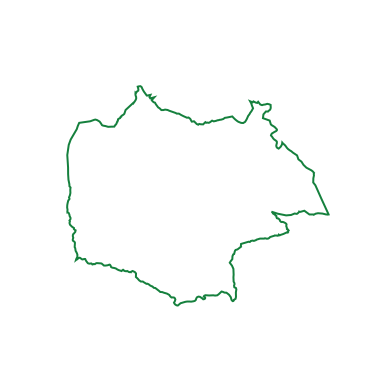 Juárez Hidalgo, Hidalgo, Mexico (Mercator projection), rotated 117°
{"feature_id": "50627088B76146080244750", "entity_name": "Juárez Hidalgo", "entity_type": "district", "adm_level": 2, "iso_a3": "MEX", "parent_name": "Mexico", "parent_adm1": "Hidalgo", "projection": "mercator", "projection_center": [-98.833, 20.836], "detail": "fine", "context": "isolated", "style": "outline", "palette": "green", "viewbox_px": 384, "rotation_deg": 117, "n_neighbors": 0, "source": "geoboundaries", "source_scale": "gbopen_adm2", "svg_char_len": 6042}
<svg xmlns="http://www.w3.org/2000/svg" viewBox="0 0 384 384"><g transform="rotate(117 192 192)"><path d="M304.4,263.9L302.2,263.0L301.7,262.5L301.5,261.8L301.8,260.1L301.9,259.2L301.6,258.6L301.2,258.3L300.4,257.3L300.2,256.7L301.2,255.5L301.9,254.2L302.7,252.5L302.7,251.9L302.3,250.6L301.4,249.4L301.4,248.8L301.8,247.9L301.6,247.5L300.9,247.1L300.4,245.8L299.7,245.5L299.1,245.1L298.6,244.6L296.9,240.6L296.8,239.9L297.5,237.1L297.0,236.0L296.5,235.2L295.5,233.8L294.2,232.6L294.1,232.1L294.5,231.2L295.6,230.0L295.6,229.7L295.6,228.7L295.0,226.7L294.7,225.1L294.9,223.6L294.9,222.0L294.4,218.9L293.8,218.8L293.4,218.4L292.7,218.2L292.5,217.8L292.8,217.3L293.0,216.7L292.9,215.9L292.5,214.6L291.8,213.9L291.9,211.8L291.7,211.1L291.3,210.6L291.2,210.0L290.6,210.0L289.4,209.1L289.3,208.2L289.3,206.5L290.0,204.9L293.2,203.4L293.8,201.2L294.7,199.0L295.0,197.0L294.1,195.2L294.3,193.8L294.5,190.9L294.0,190.2L293.9,188.7L294.3,187.0L294.3,185.0L294.1,184.4L294.6,183.0L294.7,182.5L294.2,181.1L295.1,176.4L295.5,174.8L294.7,173.2L294.5,171.3L293.9,168.2L294.0,165.6L294.9,163.9L295.3,162.4L294.7,161.4L294.2,160.2L294.5,158.9L295.4,158.0L297.1,157.7L298.8,157.8L299.4,156.9L299.8,156.1L300.0,154.4L299.6,153.1L296.3,151.7L293.0,148.2L292.0,146.9L290.9,144.9L290.1,143.0L288.8,141.2L287.8,140.1L286.4,139.6L284.8,139.9L283.4,139.7L282.3,138.8L281.8,137.3L282.1,134.9L282.5,133.3L282.0,132.6L281.0,132.0L280.3,132.2L279.9,132.9L279.9,134.0L278.9,134.0L277.9,133.2L276.4,129.7L274.4,126.2L273.8,124.4L272.6,122.6L271.0,121.8L267.3,120.5L267.0,119.4L266.9,117.4L266.1,115.6L266.7,112.4L268.1,109.7L270.2,107.8L270.8,106.3L270.5,105.8L269.7,105.5L269.1,105.7L267.4,104.7L265.5,105.2L261.6,107.3L258.6,108.3L257.6,109.3L257.7,111.0L256.4,112.0L254.7,112.3L253.7,113.1L253.0,114.2L249.1,116.4L246.9,117.3L241.7,120.2L239.5,122.9L237.9,126.2L236.9,126.0L237.1,125.7L236.6,126.2L233.5,125.6L230.8,126.8L228.8,126.9L228.1,126.3L225.6,126.9L224.6,127.0L223.8,126.8L222.5,125.4L218.5,123.5L218.3,123.8L216.0,124.7L210.6,119.0L210.3,117.8L208.9,117.3L207.7,115.8L207.5,114.7L205.8,113.1L205.2,112.9L202.7,110.3L200.8,106.6L200.1,106.0L199.6,104.0L198.8,102.9L197.8,102.3L196.6,101.9L193.6,98.8L193.1,98.5L192.9,97.9L192.1,96.4L192.2,96.1L191.2,94.8L191.0,95.1L190.6,95.2L190.7,94.3L187.9,91.5L184.7,89.0L185.0,88.8L184.8,88.4L184.5,88.5L184.1,88.2L183.6,88.6L182.4,88.4L182.1,89.1L182.0,90.3L181.5,90.3L181.2,90.7L181.1,91.2L180.2,91.8L179.8,92.4L178.9,92.8L177.9,93.1L177.6,93.5L177.3,94.7L177.3,96.7L177.5,97.7L178.0,98.3L178.2,99.2L177.7,100.6L176.9,101.3L176.5,102.6L176.4,103.2L176.7,103.7L176.8,104.5L176.0,105.4L175.4,105.7L175.0,106.0L175.0,107.1L174.4,107.7L174.5,108.4L174.4,110.0L173.9,110.7L173.6,111.4L173.3,111.4L172.4,105.7L170.1,97.5L167.5,93.3L164.6,90.8L163.9,88.7L163.4,88.3L161.0,87.4L160.8,87.5L160.6,86.6L160.2,86.1L157.7,83.4L158.7,77.2L156.9,73.6L157.0,73.2L155.2,72.0L153.7,70.1L152.0,66.0L151.2,62.6L150.5,60.8L150.0,60.1L149.9,60.2L139.4,73.5L130.0,85.1L128.5,88.3L124.7,90.1L121.8,90.9L120.5,91.8L119.6,91.9L118.9,93.5L118.5,95.4L118.4,101.1L117.2,105.0L115.3,108.2L114.6,112.0L111.7,115.0L111.1,120.0L110.6,122.0L110.5,123.7L110.1,126.0L109.6,127.4L108.3,129.9L107.7,131.8L107.6,132.6L107.0,134.0L108.4,133.5L109.3,133.4L111.1,133.5L111.7,133.6L114.0,134.5L114.0,136.0L113.5,137.1L112.6,137.9L111.3,138.3L109.8,138.6L108.5,139.4L108.1,140.8L107.9,142.6L107.4,144.0L106.3,145.9L105.8,147.3L104.8,147.5L103.7,147.4L101.2,145.9L99.5,144.7L98.9,144.5L98.3,144.4L97.9,144.6L97.6,145.0L96.6,147.7L96.4,149.3L96.3,151.0L96.0,152.4L93.1,155.2L94.0,162.3L90.4,163.6L86.7,162.7L85.8,160.8L84.9,160.6L83.6,159.9L82.2,159.8L81.0,160.2L78.7,161.5L78.8,163.1L79.3,165.0L80.7,166.4L81.8,168.0L82.7,168.9L82.9,169.3L83.0,171.0L81.6,174.0L83.0,174.3L83.4,175.8L83.4,178.4L84.6,178.7L84.8,181.4L86.1,179.5L87.7,177.9L89.7,175.6L92.9,175.7L95.2,176.1L96.7,176.1L98.7,176.5L102.3,176.3L105.3,176.5L107.3,177.7L108.1,179.6L108.4,182.6L108.2,184.2L107.8,186.2L107.2,188.2L106.4,190.4L109.8,194.7L111.0,196.4L112.8,197.3L114.4,199.0L115.1,200.1L116.0,201.0L116.5,201.8L117.7,202.9L119.2,204.7L119.3,206.5L121.4,207.5L122.7,208.4L123.3,210.1L123.9,210.8L123.7,211.8L126.7,212.8L127.7,215.0L128.1,216.5L129.2,217.0L129.3,218.6L128.4,221.3L128.1,222.4L128.8,223.2L129.4,224.2L127.6,226.8L127.2,228.9L128.1,230.2L128.3,234.1L128.3,236.9L128.1,239.2L129.1,241.2L129.0,242.4L129.9,249.0L130.0,251.0L130.8,253.4L132.0,254.7L132.9,256.5L132.1,258.9L132.0,260.5L130.2,264.1L129.2,265.5L129.4,266.7L129.1,268.2L128.4,269.6L124.7,268.6L127.5,271.7L126.7,273.0L124.3,273.1L126.6,275.9L126.6,276.1L124.3,280.6L122.6,283.1L121.4,284.5L121.1,285.9L121.9,287.2L122.8,288.2L124.8,286.4L126.1,285.9L127.6,286.7L129.4,286.8L129.2,287.4L130.4,286.9L131.7,286.0L132.7,284.9L134.2,284.1L136.0,284.0L137.7,284.2L139.5,284.5L139.3,284.8L149.1,288.4L153.1,287.8L154.2,288.2L155.6,289.0L156.1,289.4L157.1,289.2L157.6,289.7L158.0,289.8L158.7,289.6L159.3,290.0L160.4,290.8L160.9,290.9L161.8,290.5L162.3,290.6L163.1,290.3L163.7,290.6L165.3,290.3L166.2,290.4L166.7,290.7L167.2,290.6L167.7,290.8L169.0,290.9L170.4,293.5L172.0,296.3L172.5,298.9L173.2,301.3L173.3,302.5L172.2,304.3L171.2,306.3L171.0,309.1L171.3,310.9L172.0,311.8L175.2,314.8L180.4,322.2L181.6,323.9L185.2,323.7L188.3,323.2L200.3,323.9L206.0,323.2L215.7,319.9L226.5,313.5L232.3,310.5L237.2,307.6L240.6,304.9L242.6,303.7L243.1,302.3L245.2,301.5L248.1,299.9L250.3,299.3L252.7,299.1L253.3,298.4L253.8,298.0L254.7,298.1L255.6,298.4L257.9,297.9L260.3,297.2L262.5,296.2L264.4,294.8L266.0,294.2L266.8,293.7L266.5,293.4L266.7,292.3L267.8,291.0L269.0,290.1L270.2,288.5L271.2,288.0L273.1,288.2L273.5,287.5L275.2,287.1L276.5,285.9L277.4,283.2L277.7,280.8L278.6,280.4L279.0,279.2L279.0,278.3L280.6,277.9L281.6,278.2L282.5,278.3L283.4,278.7L284.5,278.6L285.8,277.9L286.7,277.0L288.4,276.7L289.4,276.1L289.7,274.3L290.1,273.5L290.5,273.2L294.4,271.5L295.0,270.6L297.1,269.1L297.8,268.3L298.1,267.6L299.7,265.8L301.8,264.7L304.3,264.7L305.3,264.5L304.6,264.2L304.4,263.9Z" fill="none" stroke="#15803d" stroke-width="2"/></g></svg>